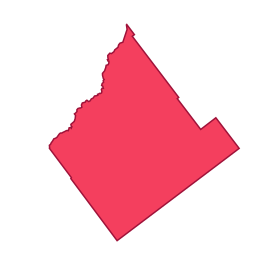 Haakon, South Dakota, United States of America, rotated 323°
{"feature_id": "52423323B12436864135632", "entity_name": "Haakon", "entity_type": "district", "adm_level": 2, "iso_a3": "USA", "parent_name": "United States of America", "parent_adm1": "South Dakota", "projection": "orthographic", "projection_center": [-101.585, 44.371], "detail": "fine", "context": "isolated", "style": "filled", "palette": "rose", "viewbox_px": 256, "rotation_deg": 323, "n_neighbors": 0, "source": "geoboundaries", "source_scale": "gbopen_adm2", "svg_char_len": 1297}
<svg xmlns="http://www.w3.org/2000/svg" viewBox="0 0 256 256"><g transform="rotate(323 128 128)"><path d="M201.8,211.2L204.5,211.2L204.3,172.7L185.2,172.9L185.0,134.2L186.9,134.1L186.6,57.3L189.3,57.3L189.3,44.6L188.8,44.7L186.6,48.7L175.5,56.4L172.6,55.4L170.5,56.0L168.6,57.5L164.5,57.6L162.7,58.6L159.6,58.6L158.5,57.3L155.5,57.9L154.3,59.7L153.6,61.3L152.7,61.0L152.3,62.5L152.9,63.1L151.9,64.5L150.3,65.5L148.3,64.8L146.5,66.4L143.6,68.3L140.5,69.0L139.4,70.5L138.0,73.8L138.2,74.9L136.6,75.3L136.1,76.7L134.2,76.9L132.5,78.2L133.0,79.4L132.2,81.5L131.2,80.7L129.9,81.2L129.1,83.1L128.0,84.0L126.8,83.9L126.1,83.2L124.8,83.1L124.0,82.8L123.6,83.7L122.4,83.3L120.5,82.3L118.2,83.1L116.2,82.7L114.1,83.5L112.6,83.3L112.1,82.0L111.9,81.1L110.6,81.0L109.5,81.6L108.1,81.1L106.6,80.5L104.6,81.6L103.7,83.6L102.2,83.5L101.4,82.9L99.7,82.3L98.1,82.7L97.2,84.1L95.3,84.5L93.7,84.5L93.7,86.3L91.5,88.7L89.0,90.4L87.2,90.5L84.6,90.7L83.9,92.2L84.0,93.2L82.6,94.0L82.6,93.2L81.1,92.4L79.8,93.5L78.6,94.2L78.0,93.4L77.1,93.0L75.1,92.7L73.3,92.3L72.1,92.2L71.3,91.5L70.2,91.3L68.9,91.6L67.1,92.2L65.5,92.7L63.7,92.5L62.3,92.0L59.7,93.1L57.8,93.6L56.4,94.4L54.8,94.5L53.4,96.8L53.1,96.8L53.0,97.0L52.9,133.6L51.9,134.0L51.5,211.4L201.8,211.2Z" fill="#f43f5e" stroke="#9f1239" stroke-width="1.5"/></g></svg>